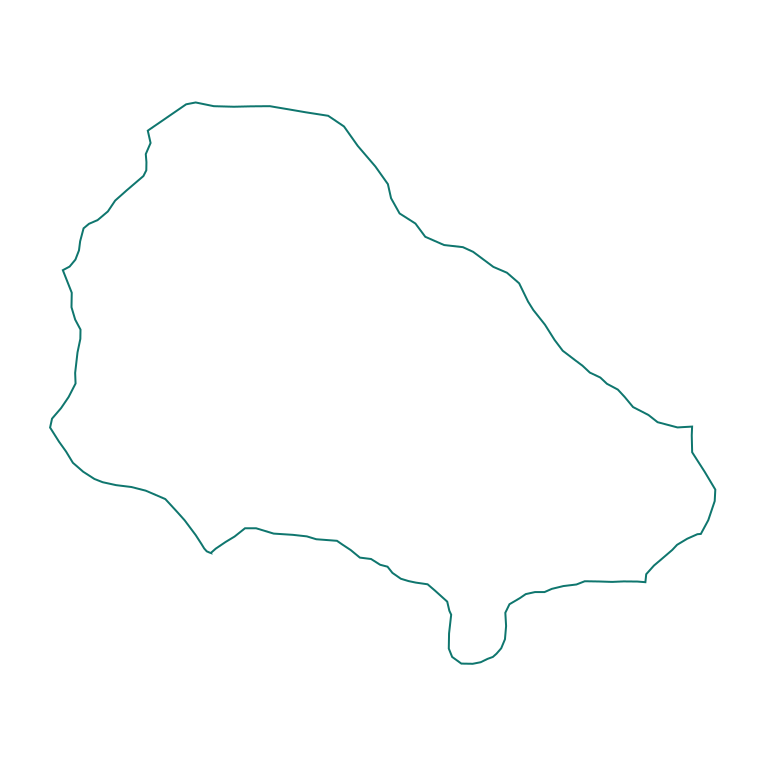 Khizi District, Xizı, Azerbaijan (Mercator projection), rotated 181°
{"feature_id": "54616110B97026515433008", "entity_name": "Khizi District", "entity_type": "district", "adm_level": 2, "iso_a3": "AZE", "parent_name": "Azerbaijan", "parent_adm1": "Xizı", "projection": "mercator", "projection_center": [49.188, 40.748], "detail": "fine", "context": "isolated", "style": "outline", "palette": "teal", "viewbox_px": 768, "rotation_deg": 181, "n_neighbors": 0, "source": "geoboundaries", "source_scale": "gbopen_adm2", "svg_char_len": 2071}
<svg xmlns="http://www.w3.org/2000/svg" viewBox="0 0 768 768"><g transform="rotate(181 384 384)"><path d="M64.6,239.6L57.4,253.5L51.3,272.7L50.9,284.2L61.9,301.9L74.7,321.1L75.4,338.0L75.2,346.7L75.2,346.8L89.8,345.7L109.8,350.6L119.0,357.6L134.6,365.3L143.1,375.2L150.1,382.5L161.1,388.1L167.8,394.2L168.2,394.4L178.4,399.0L185.8,405.7L193.7,411.4L205.9,420.4L214.2,431.0L224.1,446.1L236.0,460.6L241.4,468.9L250.6,487.0L263.0,497.4L276.7,503.0L297.2,517.7L307.5,522.2L326.4,524.0L345.3,531.9L355.4,545.0L371.4,554.8L380.2,569.9L383.6,583.9L396.4,601.3L414.4,621.6L428.5,640.8L444.5,651.2L467.0,654.3L484.5,657.0L495.9,658.7L503.0,659.8L521.9,659.3L539.0,658.6L559.0,658.8L577.2,662.2L586.7,660.2L624.6,633.2L621.6,620.9L626.2,609.7L625.4,601.7L625.4,593.5L628.2,587.7L633.3,583.2L644.7,573.1L656.0,562.7L663.1,551.7L673.2,542.9L681.8,539.0L687.1,534.4L690.3,521.4L691.3,512.3L694.7,503.0L700.4,495.9L706.2,492.7L707.1,492.2L697.8,469.8L697.8,455.3L693.9,443.0L688.4,433.1L688.4,423.8L691.0,410.2L693.0,389.7L692.4,379.1L699.1,365.5L706.5,354.2L715.3,343.6L717.1,334.6L707.9,320.6L700.7,310.9L693.7,299.8L683.2,291.0L671.9,284.0L663.6,280.9L650.1,278.2L634.8,276.6L620.4,273.2L600.6,265.1L588.5,252.4L581.0,244.3L569.6,229.6L563.7,220.8L560.9,216.4L558.3,213.6L555.7,212.5L553.9,211.9L554.0,212.2L549.3,216.5L539.6,223.3L530.7,228.9L520.5,237.3L509.3,237.5L491.7,232.5L472.6,231.6L458.5,230.3L449.0,227.6L428.3,226.4L422.9,222.8L414.4,217.4L405.1,210.0L393.9,208.8L384.7,203.2L377.3,201.4L372.3,195.3L363.8,189.6L356.1,187.4L348.8,186.0L336.9,184.5L329.4,178.3L317.0,167.5L314.7,158.4L312.8,154.5L314.6,135.7L314.6,120.6L311.1,112.3L301.8,105.8L290.4,105.8L282.5,107.5L275.6,111.0L270.4,113.0L266.8,116.3L262.2,121.8L258.6,130.9L257.7,144.1L258.7,157.4L254.7,166.0L244.4,172.3L238.6,176.4L229.4,178.6L219.8,178.8L212.6,182.1L201.1,185.1L188.1,186.9L179.8,190.3L165.5,190.3L152.5,190.1L141.0,190.8L127.1,190.9L119.2,190.4L118.5,198.4L110.9,207.2L103.5,213.7L92.9,223.1L88.2,228.3L78.1,234.6L68.0,239.3L64.6,239.6Z" fill="none" stroke="#0f766e" stroke-width="2"/></g></svg>